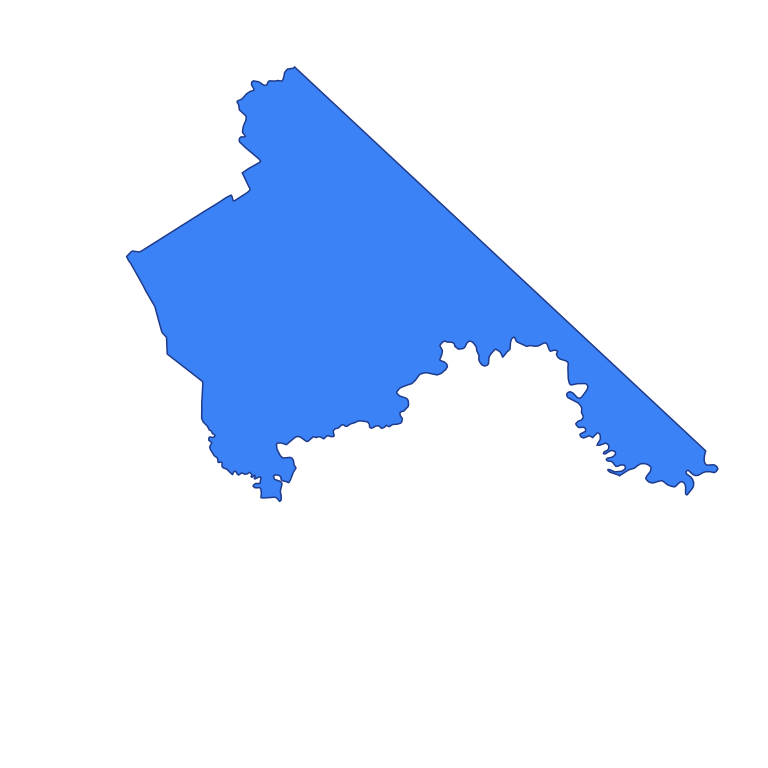 Ixcán, Quiché, Guatemala (Mercator projection), rotated 43°
{"feature_id": "79465075B29604867633206", "entity_name": "Ixcán", "entity_type": "district", "adm_level": 2, "iso_a3": "GTM", "parent_name": "Guatemala", "parent_adm1": "Quiché", "projection": "mercator", "projection_center": [-90.715, 15.881], "detail": "fine", "context": "isolated", "style": "filled", "palette": "blue", "viewbox_px": 768, "rotation_deg": 43, "n_neighbors": 0, "source": "geoboundaries", "source_scale": "gbopen_adm2", "svg_char_len": 6143}
<svg xmlns="http://www.w3.org/2000/svg" viewBox="0 0 768 768"><g transform="rotate(43 384 384)"><path d="M115.1,454.3L109.4,458.2L108.9,460.1L108.8,466.3L112.9,467.9L116.6,468.6L140.7,476.3L146.6,478.5L163.5,483.6L185.2,497.0L187.1,497.8L193.1,498.2L205.0,509.9L248.7,506.0L249.8,506.2L250.9,506.9L263.3,521.7L274.1,533.5L277.7,535.1L283.7,535.3L287.6,536.8L289.8,536.1L292.3,537.3L293.8,536.8L295.7,537.0L295.9,538.9L295.0,540.0L292.9,541.4L292.6,541.9L292.8,543.0L294.2,544.6L297.9,544.4L298.4,545.2L299.3,548.8L301.4,550.2L308.6,552.2L312.3,551.8L313.4,552.2L315.9,554.3L316.9,554.0L317.9,552.3L318.8,552.0L319.8,552.4L321.3,554.5L322.5,554.9L324.2,554.8L326.9,553.5L334.0,553.7L335.0,553.4L334.1,551.1L334.4,549.4L335.5,549.1L338.6,550.0L339.8,549.6L340.6,546.0L344.0,544.8L345.4,542.7L345.6,540.8L346.0,540.3L349.1,540.3L349.6,540.6L349.8,542.1L350.2,542.5L350.8,542.3L351.4,541.6L351.4,539.5L352.1,538.9L352.9,539.6L353.7,541.6L354.4,541.5L356.1,537.3L357.3,536.3L358.5,536.7L359.0,538.3L360.9,540.7L360.5,541.9L358.0,544.3L357.5,546.5L357.9,548.0L360.1,548.0L361.8,546.7L363.5,544.7L365.2,544.6L368.5,547.2L371.5,551.0L373.4,549.7L381.7,540.9L384.9,540.5L386.7,541.1L387.7,540.9L388.0,539.9L387.8,538.8L385.1,535.9L381.3,533.2L377.5,526.5L375.8,525.9L374.6,525.9L369.0,528.4L366.1,526.8L365.9,526.0L366.5,524.7L367.8,523.5L370.1,522.2L372.1,522.5L374.0,524.0L374.7,524.1L376.5,523.7L378.6,522.2L381.3,521.4L381.6,520.7L380.9,517.8L377.8,510.1L377.0,505.6L375.8,505.0L373.9,504.7L369.7,501.6L367.4,501.0L365.9,501.4L364.8,502.3L361.4,506.2L360.1,507.2L357.0,507.1L350.3,504.7L346.6,501.6L346.3,499.9L349.1,497.2L354.0,494.9L355.3,484.0L356.4,481.4L358.9,479.8L365.2,479.1L367.0,478.5L367.6,477.2L368.2,470.8L371.2,469.2L371.7,467.7L372.8,466.6L374.2,465.8L376.8,465.4L377.4,465.0L377.6,461.0L379.1,459.5L380.8,458.9L382.6,457.3L383.0,456.3L382.8,455.8L379.6,453.6L378.8,452.6L378.8,450.2L380.7,447.1L380.9,443.7L381.3,442.2L382.5,441.3L384.4,441.3L385.7,440.3L386.8,435.9L388.9,432.4L390.3,428.8L392.3,426.7L397.6,423.0L400.6,423.3L402.8,425.3L404.7,425.1L405.7,423.7L406.6,420.4L408.1,418.6L409.3,418.0L411.7,418.2L412.7,417.8L413.8,415.3L413.9,412.6L416.1,412.1L417.1,411.3L417.8,407.9L421.2,404.2L422.9,401.3L422.8,399.5L421.3,397.1L420.3,396.5L417.9,396.2L415.3,394.4L415.6,392.1L417.0,390.3L417.0,383.9L415.8,382.1L413.2,379.8L411.7,379.2L409.8,379.3L404.2,381.8L402.2,382.2L399.8,382.0L398.8,381.2L398.4,378.0L398.6,375.4L402.0,368.4L404.1,364.8L404.4,359.9L403.5,352.6L405.4,349.1L407.4,346.7L416.6,341.2L418.6,337.3L419.3,331.2L418.7,328.3L417.6,327.3L416.2,326.7L413.2,326.7L409.1,328.4L408.2,328.2L406.4,323.5L404.3,320.1L403.3,319.4L398.5,317.8L398.3,313.9L398.8,311.5L401.7,310.1L404.9,307.4L406.5,306.7L408.4,306.8L410.0,308.1L414.6,307.8L417.5,304.4L418.0,303.0L418.0,301.7L416.7,297.6L416.9,295.0L417.8,293.8L419.9,293.1L422.1,293.1L426.1,293.9L429.5,296.6L434.1,298.4L436.6,301.4L438.6,302.5L442.2,303.3L445.3,302.3L446.6,300.2L446.7,298.1L442.4,292.5L441.6,288.7L441.6,283.0L442.3,282.2L446.5,281.4L448.6,281.7L452.3,283.4L452.6,282.9L452.1,276.7L452.4,274.4L452.3,272.5L447.9,266.9L446.6,264.0L446.8,261.4L448.0,260.8L450.7,262.3L453.0,262.4L462.5,259.2L463.1,258.7L464.5,256.3L468.4,253.6L470.8,251.1L473.0,245.1L474.1,243.8L475.9,243.6L481.3,246.2L483.3,246.6L485.5,243.1L487.6,241.7L488.9,242.1L489.7,244.6L492.7,245.8L495.6,245.7L501.5,242.9L503.9,242.8L504.8,243.4L507.5,246.8L515.2,254.5L518.7,256.9L520.5,257.4L521.6,257.0L525.3,251.8L530.9,246.4L532.2,246.0L534.1,246.3L535.7,247.9L536.5,250.6L537.5,258.5L537.0,261.0L534.6,262.1L528.7,261.7L526.0,262.4L524.9,263.4L524.3,264.8L524.4,266.4L524.8,267.2L526.6,268.3L528.2,268.4L539.0,265.4L542.5,265.8L545.1,266.8L548.0,270.3L551.4,271.5L552.7,273.0L552.9,275.9L551.3,279.0L551.3,282.1L552.3,282.8L555.5,283.1L556.5,282.7L559.5,279.5L560.7,279.1L561.7,279.3L562.9,280.2L563.6,281.4L561.7,286.4L561.9,287.4L563.1,288.1L564.8,288.2L566.9,287.2L569.2,282.2L570.5,281.4L573.2,280.9L573.3,274.7L573.6,274.0L574.7,273.5L576.0,273.6L577.4,274.3L579.8,276.8L580.4,278.7L580.8,281.5L581.6,283.4L583.6,281.5L586.5,275.9L589.0,275.5L590.7,276.0L592.5,278.3L592.5,279.8L591.3,283.6L591.6,284.9L592.3,285.2L593.5,284.2L594.8,279.3L595.7,277.6L597.7,276.2L599.0,276.1L600.5,276.6L601.1,277.4L601.2,280.6L600.2,282.9L598.0,285.8L597.9,287.2L598.3,287.8L599.0,287.9L600.3,287.6L603.7,285.3L609.8,286.1L611.0,284.8L612.5,281.6L614.7,279.7L616.2,279.5L617.4,280.4L618.1,281.4L617.8,284.6L616.6,286.6L612.7,290.9L607.6,292.6L606.3,293.6L606.2,294.1L606.8,294.4L609.3,294.4L618.4,290.3L618.8,290.5L621.5,279.9L624.5,274.9L625.3,269.9L626.2,267.2L628.9,264.4L632.0,263.0L633.8,262.7L635.3,262.7L636.8,263.4L638.4,266.3L638.9,271.4L639.5,274.0L640.0,274.6L641.1,275.0L644.2,275.1L646.9,274.0L648.4,272.7L651.7,267.0L653.2,265.2L655.2,264.7L660.0,264.4L664.0,262.8L666.4,261.3L667.0,260.2L667.2,255.2L667.7,253.3L668.8,252.0L670.9,251.7L672.9,252.3L674.7,253.5L679.2,258.4L680.2,258.8L681.0,258.6L681.3,258.1L680.7,249.9L680.0,247.7L677.9,245.0L674.7,243.3L672.4,242.8L666.3,243.4L665.0,242.6L664.6,241.1L665.0,240.0L665.7,239.6L671.6,239.5L673.7,238.9L674.8,238.0L676.1,236.3L677.8,231.1L679.1,228.8L682.3,225.7L685.4,224.0L686.3,222.9L686.6,221.1L686.3,218.9L685.5,218.1L684.5,217.6L682.4,217.5L681.1,217.8L679.8,218.6L675.8,222.8L674.7,223.3L672.7,223.1L670.1,221.4L667.2,217.8L664.9,213.5L102.4,213.1L102.3,215.0L98.6,219.5L98.7,222.8L99.3,224.9L100.4,226.1L102.5,230.2L102.7,232.1L99.1,234.7L98.0,236.5L93.3,240.6L93.3,242.9L94.4,244.9L93.3,246.7L92.4,247.4L86.3,248.4L81.7,251.4L81.4,253.5L83.1,255.6L87.7,257.0L88.4,257.5L88.3,258.5L86.8,260.9L85.9,263.7L86.0,264.6L85.6,265.3L85.7,272.5L83.8,277.1L84.2,278.0L86.8,278.7L91.5,282.2L99.8,282.1L101.3,282.9L102.9,284.8L105.4,291.6L108.5,296.1L110.0,296.8L113.2,297.1L113.7,297.5L113.2,298.8L111.0,300.6L110.7,301.8L111.1,303.5L112.2,304.8L113.4,305.5L122.2,305.6L139.3,304.7L141.7,305.2L142.0,306.2L137.9,319.2L136.4,326.3L152.8,332.7L153.7,333.7L153.5,336.9L149.7,352.1L148.8,352.8L144.2,350.2L143.3,350.2L141.4,355.3L139.3,364.3L134.9,380.0L116.0,451.8L115.1,454.3Z" fill="#3b82f6" stroke="#1e3a8a" stroke-width="1.5"/></g></svg>